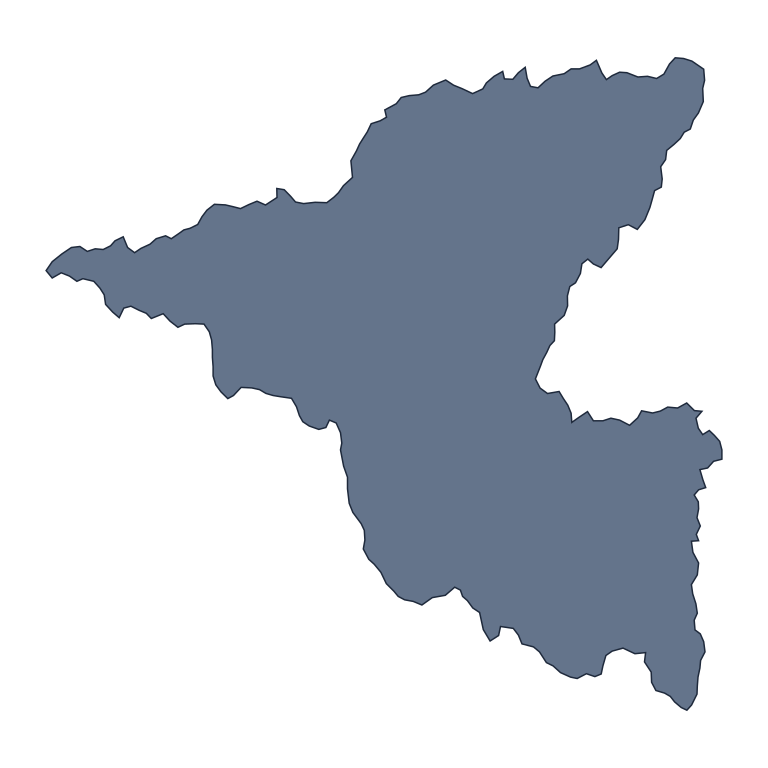 outline of Quitandinha, Paraná, Brazil
{"feature_id": "56859067B47422460972833", "entity_name": "Quitandinha", "entity_type": "district", "adm_level": 2, "iso_a3": "BRA", "parent_name": "Brazil", "parent_adm1": "Paraná", "projection": "mercator", "projection_center": [-49.482, -25.922], "detail": "fine", "context": "isolated", "style": "filled", "palette": "slate", "viewbox_px": 768, "rotation_deg": 0, "n_neighbors": 0, "source": "geoboundaries", "source_scale": "gbopen_adm2", "svg_char_len": 3771}
<svg xmlns="http://www.w3.org/2000/svg" viewBox="0 0 768 768"><path d="M721.9,449.9L719.7,441.4L714.4,435.4L709.3,430.5L702.7,434.6L698.3,428.2L696.0,418.2L701.9,411.3L694.4,410.6L686.7,403.0L677.6,408.0L667.7,407.1L660.3,411.1L652.6,413.0L641.6,410.8L637.7,417.9L629.6,425.3L619.6,420.1L610.9,418.2L602.9,420.8L593.4,420.8L587.5,411.6L578.7,417.5L571.8,422.4L571.1,413.2L567.8,405.2L563.4,398.6L559.1,391.5L547.5,393.5L540.1,388.1L535.4,378.9L540.5,366.0L542.8,359.7L546.8,352.3L549.9,345.5L554.4,340.7L554.8,332.2L554.6,324.1L564.2,315.4L567.6,305.9L567.4,295.9L569.8,286.5L575.5,282.8L580.4,273.5L581.9,263.8L587.8,259.1L593.4,264.0L601.1,267.6L610.0,257.2L617.2,248.8L618.5,239.4L618.8,227.8L628.3,224.7L637.3,229.4L644.9,219.7L649.9,207.5L652.0,200.1L654.6,190.6L661.3,187.1L662.2,179.0L660.7,166.7L665.6,159.6L666.7,150.4L674.2,144.2L680.3,138.5L684.2,132.2L690.3,129.0L693.3,120.1L698.4,113.0L703.3,101.6L702.7,88.4L704.6,80.3L703.7,69.2L691.9,61.1L683.6,58.5L675.2,57.8L669.5,64.0L663.9,74.1L656.6,78.5L647.5,76.3L637.9,77.0L626.9,72.7L619.6,72.2L612.2,75.6L606.4,79.6L601.9,73.0L596.4,60.3L590.2,64.9L579.5,68.9L571.1,68.9L564.2,73.7L552.9,76.0L545.1,81.2L538.0,87.8L530.5,86.4L527.1,78.2L525.2,67.3L518.4,72.7L512.8,79.3L504.4,78.9L502.7,71.4L494.1,76.3L486.4,82.9L482.8,88.9L472.6,93.6L462.0,88.6L453.6,85.2L445.7,80.0L433.4,85.1L425.5,92.2L418.7,94.8L409.3,95.6L401.2,97.5L396.3,103.7L384.8,109.9L386.5,117.2L380.2,120.8L371.2,123.7L367.3,131.9L363.5,137.8L359.6,144.0L356.5,150.8L350.9,160.8L352.5,177.4L343.5,185.6L338.5,192.7L333.9,197.2L326.8,202.7L315.1,202.3L303.6,203.6L295.5,202.0L290.8,196.5L284.2,189.7L276.8,188.5L277.0,197.5L265.5,205.0L257.0,201.2L248.8,204.6L240.5,208.6L233.1,206.7L225.4,204.9L214.4,204.3L206.9,210.2L202.0,216.7L197.7,224.5L190.0,228.3L183.9,229.9L178.3,233.9L171.3,238.7L165.6,235.8L156.2,238.7L150.0,244.2L140.9,248.4L134.6,252.7L127.6,247.5L123.2,236.8L115.0,240.8L110.6,245.8L103.2,249.5L95.2,248.8L87.3,251.4L79.9,246.5L71.4,247.5L61.8,254.0L52.2,261.7L46.1,270.6L52.2,278.0L61.2,272.8L69.5,276.1L76.9,281.3L82.9,278.7L93.8,281.3L99.9,288.1L104.2,294.8L105.6,304.4L112.7,312.1L119.2,317.7L123.8,308.1L130.9,306.2L139.3,310.4L146.3,313.3L151.3,318.5L163.2,313.7L170.0,321.1L177.9,327.3L184.7,324.1L195.4,323.7L204.0,324.1L209.3,331.8L211.6,340.0L212.4,349.5L212.4,357.4L213.1,366.7L213.1,376.0L215.8,384.8L221.0,391.9L227.8,398.6L233.5,395.5L241.1,387.4L251.7,387.9L259.5,389.6L265.9,393.4L273.1,395.5L280.4,396.7L291.5,398.3L296.5,406.8L299.4,415.6L302.8,421.7L309.2,426.0L318.8,429.4L325.9,427.5L329.4,420.1L336.2,423.0L340.5,432.7L341.8,443.1L340.5,449.9L343.6,466.1L347.5,477.2L347.5,488.8L349.2,503.3L352.9,512.5L361.2,523.7L364.3,530.3L364.9,540.0L363.3,549.0L368.8,559.3L374.2,564.2L380.9,572.3L386.3,583.6L393.9,591.2L398.2,596.4L404.6,599.8L413.2,601.4L421.9,605.0L432.3,597.6L445.3,595.3L454.7,587.2L460.4,590.1L462.6,596.4L467.4,600.6L472.8,608.0L479.6,612.5L483.3,629.6L490.1,641.0L498.6,635.5L500.5,626.5L513.3,628.4L518.4,635.1L522.0,643.9L533.5,646.9L539.5,651.9L546.4,662.6L553.1,665.9L560.5,672.6L570.5,677.1L577.2,678.5L586.4,673.7L594.9,676.6L601.2,674.0L602.9,665.9L605.9,655.5L612.2,651.1L623.0,648.1L634.9,653.7L645.6,652.6L644.5,661.9L651.2,672.1L651.6,682.3L655.9,690.5L664.6,693.1L670.3,696.4L674.6,701.9L681.2,707.5L686.9,710.2L691.6,705.0L697.0,694.1L697.3,686.3L698.0,677.1L699.9,668.1L700.6,660.4L705.0,651.9L703.7,641.7L700.3,633.9L695.0,629.9L694.2,620.2L697.3,613.2L695.9,603.8L692.7,593.8L691.4,584.6L697.3,574.9L698.6,563.0L692.9,552.3L691.4,541.2L698.6,540.7L696.3,534.4L700.3,526.0L697.0,517.7L698.6,508.9L698.3,501.8L694.2,495.0L698.6,489.8L705.7,487.6L702.9,479.8L699.9,469.6L707.6,468.0L713.6,461.3L721.9,459.2L721.9,449.9Z" fill="#64748b" stroke="#1e293b" stroke-width="1.5"/></svg>